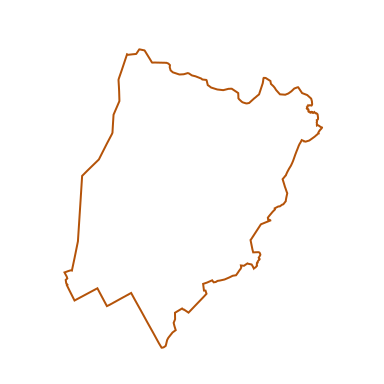 the district of Gārsenes pag., Aknistes, Latvia, rotated 81°
{"feature_id": "27541924B32403888288894", "entity_name": "Gārsenes pag.", "entity_type": "district", "adm_level": 2, "iso_a3": "LVA", "parent_name": "Latvia", "parent_adm1": "Aknistes", "projection": "mercator", "projection_center": [25.771, 56.102], "detail": "fine", "context": "isolated", "style": "outline", "palette": "amber", "viewbox_px": 384, "rotation_deg": 81, "n_neighbors": 0, "source": "geoboundaries", "source_scale": "gbopen_adm2", "svg_char_len": 5183}
<svg xmlns="http://www.w3.org/2000/svg" viewBox="0 0 384 384"><g transform="rotate(81 192 192)"><path d="M63.6,194.0L63.2,194.0L62.9,194.1L62.7,194.3L61.4,195.3L61.3,195.5L60.4,197.0L58.3,208.5L58.0,210.9L57.9,211.1L57.8,211.3L57.7,211.4L57.0,211.6L52.4,213.5L45.2,216.5L44.9,216.7L44.7,216.8L42.9,221.5L42.9,221.8L43.0,221.9L44.2,223.0L46.8,225.4L46.8,225.5L46.9,225.9L46.7,229.1L46.5,233.7L46.4,233.8L45.8,234.6L46.0,234.7L61.0,242.5L68.3,246.4L68.7,246.6L69.6,247.0L70.2,247.1L76.4,247.7L81.0,248.2L85.7,248.8L89.6,249.3L90.9,249.5L103.4,257.4L113.7,259.7L121.1,261.3L121.5,261.6L122.2,262.0L130.9,268.5L145.3,278.9L153.9,291.1L158.9,298.0L183.0,303.4L195.4,306.2L222.9,312.4L238.5,318.2L250.5,322.8L250.8,322.9L250.6,323.4L250.5,323.7L250.5,323.9L250.4,324.2L250.5,325.0L250.9,327.4L251.0,327.8L251.5,330.5L253.9,329.7L255.9,329.0L257.9,328.7L259.1,330.5L262.4,330.5L264.1,329.6L264.4,330.2L269.6,328.6L280.8,325.0L272.3,300.5L277.0,298.9L291.4,293.9L290.6,291.2L286.4,279.6L282.2,267.9L289.5,265.3L301.2,261.0L312.9,256.8L324.6,252.5L336.3,248.3L340.0,246.8L340.5,246.6L341.0,246.4L341.1,245.3L340.9,244.1L339.9,242.1L338.2,241.3L337.4,241.0L334.3,239.7L332.3,238.2L327.7,233.2L325.9,229.7L321.8,230.3L318.4,230.6L315.0,228.6L308.6,227.7L305.5,220.0L306.8,218.9L306.8,218.4L310.6,214.3L303.9,205.5L297.7,197.3L294.8,193.6L291.5,194.1L291.2,195.6L284.5,195.4L283.8,191.3L282.4,185.9L283.4,185.4L284.6,184.7L284.6,182.6L283.8,180.7L283.8,178.2L283.5,173.5L282.2,168.4L281.1,164.9L281.1,163.4L281.1,161.5L278.1,158.6L277.7,158.3L276.2,156.8L275.7,156.2L274.3,155.2L272.2,155.2L273.0,152.2L272.5,151.2L271.2,148.4L271.5,148.0L271.6,147.9L272.9,144.5L273.9,144.0L277.2,142.9L277.0,142.7L276.8,142.2L276.6,141.7L276.5,141.2L275.6,140.1L275.2,139.5L275.1,139.4L274.9,139.3L274.7,139.4L274.4,139.5L273.9,139.4L273.7,139.3L273.6,139.2L273.4,139.2L273.1,139.1L272.8,139.1L272.4,139.0L272.4,138.9L272.3,138.6L272.2,138.4L272.0,138.1L271.8,138.1L271.5,138.2L271.4,138.1L271.2,138.1L270.5,137.6L270.3,137.3L270.0,137.0L269.9,136.8L269.8,136.7L269.7,136.5L269.5,136.4L269.4,136.4L269.3,136.1L269.2,135.9L268.9,135.7L268.7,135.7L268.6,135.8L268.2,136.1L267.4,136.4L265.2,134.6L264.7,134.3L264.1,134.3L263.4,134.5L262.9,134.6L262.5,134.8L262.3,134.9L261.9,135.6L261.7,136.7L261.2,141.0L258.2,141.3L248.8,141.7L248.4,141.6L248.2,141.2L234.9,129.2L234.6,128.7L232.4,119.1L232.2,119.1L231.9,119.4L231.8,119.5L231.7,119.6L231.7,119.8L231.7,120.0L231.4,120.3L231.2,120.5L231.0,120.9L231.0,121.1L229.2,121.1L227.6,119.4L224.2,115.5L222.2,112.8L221.1,112.9L219.8,109.1L219.9,107.5L218.6,104.9L218.4,103.7L215.7,100.8L214.8,100.6L214.2,100.4L212.5,99.8L208.1,98.1L206.9,98.4L204.6,98.8L203.4,99.0L202.4,99.2L200.9,99.5L200.5,99.5L193.5,100.5L191.5,98.2L190.8,97.5L190.3,96.7L189.5,96.3L187.1,94.7L184.3,92.6L181.5,90.2L179.6,88.9L178.7,88.3L178.2,88.0L176.9,87.2L173.4,85.3L171.7,84.4L168.2,82.4L166.4,81.3L163.1,79.4L161.6,78.4L159.7,76.8L157.9,75.5L159.4,73.2L159.5,73.2L159.5,72.9L159.7,72.7L159.8,72.6L159.9,72.4L160.0,71.7L159.5,68.1L156.7,62.5L153.9,58.0L153.9,57.8L153.5,57.9L153.2,58.0L151.6,56.7L151.4,56.5L151.3,56.4L151.2,56.3L151.2,56.2L150.8,55.9L150.7,55.7L150.4,55.3L150.1,55.0L150.0,54.8L149.8,54.5L149.7,54.4L149.5,54.2L149.2,53.9L149.0,53.7L148.8,53.5L148.7,53.5L148.6,53.8L148.4,54.0L148.1,54.4L147.9,54.7L147.7,55.0L147.3,55.4L147.1,55.6L146.8,55.8L146.5,56.2L145.6,57.3L145.6,57.7L145.8,58.2L145.1,58.2L144.7,58.1L144.3,58.0L143.9,57.9L143.4,57.9L143.0,58.0L142.7,57.8L141.9,57.5L141.6,57.6L140.9,57.5L140.5,57.5L140.3,57.0L140.2,56.6L139.8,56.2L138.7,55.9L135.0,55.8L134.8,55.9L134.7,56.0L134.3,56.2L134.2,56.3L134.1,56.6L133.7,56.8L133.7,57.2L133.7,57.4L133.3,57.7L133.1,58.1L132.9,58.2L132.7,58.4L132.4,58.5L132.1,58.7L132.2,58.9L132.5,58.9L132.6,59.0L132.7,59.6L132.9,60.0L132.7,60.4L132.6,60.5L132.2,60.7L132.1,60.9L131.9,60.9L131.7,60.9L131.6,61.2L131.5,61.4L131.5,61.6L132.1,61.7L132.1,61.8L132.2,62.0L132.2,62.7L131.9,62.8L131.2,63.4L131.1,64.1L130.8,64.3L130.7,64.4L130.4,64.3L129.9,64.1L129.5,64.1L128.8,64.1L128.5,64.2L128.5,64.3L128.4,64.4L128.6,64.5L128.8,64.7L128.7,64.8L128.4,64.9L128.1,65.2L127.6,65.5L127.3,65.1L127.1,65.1L126.5,65.2L126.3,65.2L126.2,65.2L126.1,64.7L125.4,64.5L125.4,64.4L125.1,64.0L124.6,63.7L124.8,63.5L124.9,63.3L124.9,62.8L124.7,62.3L124.9,61.4L125.3,60.7L125.3,60.4L125.0,60.1L124.4,59.7L124.0,59.6L123.4,59.5L123.1,59.5L122.5,59.5L121.8,59.4L121.6,59.4L120.9,59.4L118.4,59.7L114.3,63.0L111.5,67.8L105.2,70.7L105.1,71.4L105.8,74.8L108.1,78.1L109.7,81.3L109.8,81.6L110.5,84.7L109.3,89.8L108.9,90.1L104.7,92.8L104.2,93.1L102.2,93.9L100.3,95.0L97.6,97.1L94.6,97.2L90.9,101.4L90.8,101.8L90.5,103.2L90.8,103.6L93.5,104.4L95.6,105.1L106.1,110.5L107.3,112.6L108.8,115.0L109.0,115.5L113.0,121.6L113.1,123.8L112.9,124.8L111.5,127.7L110.7,128.7L108.5,130.4L107.7,131.0L106.7,131.5L105.2,131.3L102.7,131.0L101.5,130.9L101.4,131.0L99.8,132.7L96.2,136.6L95.8,139.7L96.3,145.2L94.7,151.0L91.8,156.8L90.2,158.3L88.9,159.7L83.9,160.1L83.5,160.5L82.5,164.2L81.4,165.1L78.3,170.4L76.8,173.9L74.4,176.5L73.9,177.6L74.4,181.7L74.0,185.9L73.8,186.4L70.8,192.2L68.5,194.1L65.2,194.5L64.2,194.2L63.6,194.0Z" fill="none" stroke="#b45309" stroke-width="2"/></g></svg>